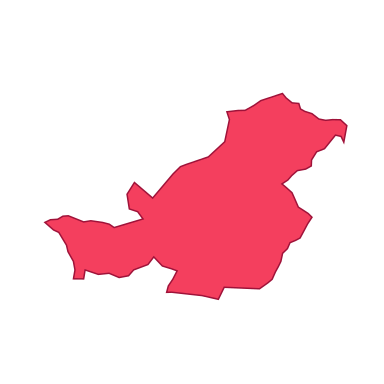 Feliz, Rio Grande do Sul, Brazil (Mercator projection), rotated 206°
{"feature_id": "56859067B13504623121185", "entity_name": "Feliz", "entity_type": "district", "adm_level": 2, "iso_a3": "BRA", "parent_name": "Brazil", "parent_adm1": "Rio Grande do Sul", "projection": "mercator", "projection_center": [-51.284, -29.457], "detail": "fine", "context": "isolated", "style": "filled", "palette": "rose", "viewbox_px": 384, "rotation_deg": 206, "n_neighbors": 0, "source": "geoboundaries", "source_scale": "gbopen_adm2", "svg_char_len": 1300}
<svg xmlns="http://www.w3.org/2000/svg" viewBox="0 0 384 384"><g transform="rotate(206 192 192)"><path d="M88.9,134.6L84.0,143.6L81.7,148.7L82.0,156.8L81.7,162.7L81.7,168.6L83.7,176.6L81.4,182.9L81.7,189.4L77.8,193.8L74.7,198.0L74.4,205.6L74.1,214.2L73.1,221.9L78.1,223.6L84.4,224.4L89.8,225.0L96.0,230.3L101.8,235.2L108.8,237.2L114.7,238.7L111.1,244.8L109.6,250.4L106.7,257.4L99.9,262.4L96.2,267.7L98.6,273.2L97.6,282.8L91.9,289.0L88.0,306.0L82.4,307.3L77.4,303.3L81.9,319.5L90.2,322.0L97.3,318.7L103.3,315.0L110.0,313.2L118.5,315.0L126.0,313.9L130.9,314.2L134.8,318.4L141.1,316.0L148.7,317.8L153.9,320.2L170.2,304.3L174.2,297.1L180.0,288.7L186.4,285.4L195.8,279.4L190.1,273.5L184.6,251.5L192.7,230.7L209.3,214.2L213.5,209.7L216.9,200.1L224.7,169.3L247.9,175.3L249.4,161.5L240.9,149.3L232.2,150.5L224.2,146.3L246.4,125.9L252.3,126.8L259.1,125.4L270.3,121.8L276.3,117.6L292.7,116.4L297.4,113.7L300.8,108.6L307.1,105.0L310.9,100.2L299.8,97.2L294.0,97.3L281.5,89.2L277.3,84.0L268.2,77.7L263.0,70.6L260.5,62.0L251.3,66.4L253.9,75.1L240.1,76.9L230.9,82.6L220.0,83.2L212.3,88.9L210.3,96.4L199.8,107.5L197.9,116.9L186.2,112.5L176.8,114.0L170.8,114.6L171.0,105.2L172.1,97.2L170.8,90.7L166.4,93.0L137.6,103.3L121.3,107.1L121.3,120.5L88.9,134.6Z" fill="#f43f5e" stroke="#9f1239" stroke-width="1.5"/></g></svg>